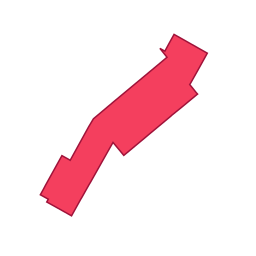 outline of 25 de Mayo, Chaco, Argentina, rotated 209°
{"feature_id": "61730980B17167733770144", "entity_name": "25 de Mayo", "entity_type": "district", "adm_level": 2, "iso_a3": "ARG", "parent_name": "Argentina", "parent_adm1": "Chaco", "projection": "mercator", "projection_center": [-60.005, -26.797], "detail": "fine", "context": "isolated", "style": "filled", "palette": "rose", "viewbox_px": 256, "rotation_deg": 209, "n_neighbors": 0, "source": "geoboundaries", "source_scale": "gbopen_adm2", "svg_char_len": 899}
<svg xmlns="http://www.w3.org/2000/svg" viewBox="0 0 256 256"><g transform="rotate(209 128 128)"><path d="M133.1,232.2L133.1,222.7L133.0,213.1L138.7,213.1L137.0,212.4L132.6,210.6L128.2,208.8L129.8,204.5L146.2,162.2L146.9,160.4L152.5,146.0L153.2,144.2L161.9,121.4L162.7,119.3L163.0,110.1L163.0,109.3L162.9,74.2L162.9,71.7L164.7,71.8L172.4,71.8L172.4,62.5L172.4,52.9L172.4,43.3L172.4,41.2L172.4,39.7L172.4,38.0L172.3,33.7L172.3,27.1L163.2,27.1L163.2,23.9L159.0,23.9L156.6,23.9L153.8,23.9L134.8,23.8L134.8,28.4L134.8,40.5L134.8,42.8L134.7,44.8L134.6,60.2L134.5,61.9L134.5,62.6L134.2,103.6L134.1,108.1L131.7,107.2L118.4,102.0L117.7,103.8L108.0,128.8L106.3,133.3L96.2,159.3L96.0,160.1L90.6,173.5L83.9,190.7L83.6,191.4L85.4,192.0L90.7,194.2L92.5,194.9L93.7,195.4L95.1,195.9L95.0,197.5L94.9,211.2L94.9,230.1L94.9,231.9L95.1,231.9L133.1,232.2Z" fill="#f43f5e" stroke="#9f1239" stroke-width="1.5"/></g></svg>